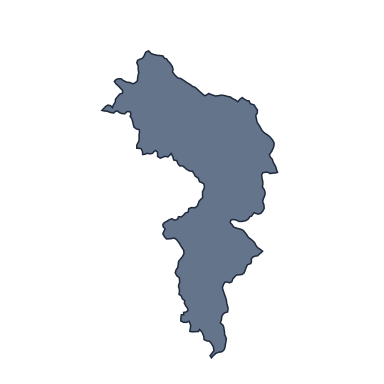 Simonésia, Minas Gerais, Brazil, rotated 134°
{"feature_id": "56859067B68233274154911", "entity_name": "Simonésia", "entity_type": "district", "adm_level": 2, "iso_a3": "BRA", "parent_name": "Brazil", "parent_adm1": "Minas Gerais", "projection": "natural_earth1", "projection_center": [-41.967, -19.999], "detail": "fine", "context": "isolated", "style": "filled", "palette": "slate", "viewbox_px": 384, "rotation_deg": 134, "n_neighbors": 0, "source": "geoboundaries", "source_scale": "gbopen_adm2", "svg_char_len": 4486}
<svg xmlns="http://www.w3.org/2000/svg" viewBox="0 0 384 384"><g transform="rotate(134 192 192)"><path d="M153.6,128.7L151.2,131.5L149.9,134.4L147.4,135.9L144.8,136.9L143.0,137.8L141.3,139.4L140.1,141.8L139.4,144.9L137.6,146.1L135.2,148.4L134.1,150.3L132.8,152.0L131.3,153.8L128.9,154.5L126.4,152.6L125.0,150.9L124.5,148.6L122.5,147.2L120.5,145.3L118.5,144.1L117.5,146.3L115.9,148.9L114.9,151.7L114.2,154.3L112.7,157.0L112.4,160.3L111.4,162.2L109.3,162.6L107.0,163.0L105.2,163.7L103.4,164.3L101.5,165.4L99.7,167.0L98.6,170.3L98.2,174.5L98.6,178.2L99.2,180.8L99.2,184.0L98.1,187.6L97.3,190.5L96.6,193.7L94.4,196.8L92.7,199.3L89.9,199.9L87.6,201.8L87.0,204.9L86.2,207.8L88.0,211.4L86.8,214.3L88.3,216.2L88.8,218.7L89.2,221.5L92.1,222.0L95.2,221.7L95.6,224.8L96.6,227.7L97.0,230.5L98.4,232.5L99.8,235.2L101.0,237.0L102.4,238.6L104.4,239.9L106.7,241.9L108.5,245.8L109.5,248.4L111.9,248.9L114.0,249.8L114.2,252.8L114.3,255.6L114.4,259.1L114.5,262.5L115.6,264.7L115.9,267.7L116.9,271.6L117.4,275.2L118.2,278.9L119.8,281.5L119.8,285.7L119.1,289.5L116.9,290.8L115.4,293.3L114.5,297.3L114.5,300.0L113.9,302.8L115.0,304.8L114.3,307.3L115.8,309.5L117.6,311.6L119.6,314.9L120.8,317.8L120.6,321.3L123.7,322.4L127.0,321.1L130.1,320.5L132.7,321.7L135.1,322.6L137.4,321.5L138.7,318.3L141.5,315.5L143.3,313.1L145.8,311.7L148.1,310.1L149.8,308.6L151.7,308.6L153.7,308.9L155.4,310.0L156.4,312.8L158.3,315.2L159.5,318.8L159.8,321.7L161.5,323.5L163.7,324.7L166.4,324.7L167.0,321.8L166.9,318.3L167.1,314.9L167.2,312.3L169.2,310.7L171.8,312.0L174.9,311.8L178.4,311.5L180.5,309.7L182.5,309.3L184.7,308.8L186.5,307.9L186.5,310.6L187.9,312.9L190.4,313.5L192.7,313.5L195.9,313.5L194.5,311.1L192.9,309.4L192.0,307.0L190.8,304.9L189.5,303.1L187.2,303.1L185.5,302.0L185.3,299.3L184.2,296.8L182.5,294.7L179.1,294.5L177.4,292.3L178.2,290.0L180.6,289.1L180.9,286.6L182.1,284.4L184.1,281.3L185.6,278.9L185.3,275.8L183.8,273.3L185.4,271.3L187.7,269.8L189.7,267.7L192.2,265.6L194.3,265.0L196.8,264.2L198.9,262.1L196.2,259.0L197.2,255.9L199.3,253.5L197.4,252.0L195.5,251.3L193.9,248.9L191.8,247.3L189.3,247.4L187.5,247.1L187.3,244.5L190.3,241.5L189.7,238.3L187.2,237.2L185.0,236.1L183.5,233.7L180.8,233.6L178.8,233.8L179.9,230.5L181.7,227.3L180.0,224.8L181.3,222.0L181.8,219.1L179.9,217.1L179.5,214.3L179.5,212.1L178.7,208.6L176.8,206.1L177.4,203.4L178.4,200.6L177.7,197.1L179.4,193.8L178.5,191.7L177.9,189.0L179.9,186.4L182.3,185.3L184.5,184.6L186.6,182.6L188.7,180.4L191.3,180.6L193.7,180.5L195.7,179.6L198.3,178.5L201.2,178.9L203.6,181.6L206.3,182.8L209.0,180.8L211.8,182.2L214.7,182.0L217.2,182.3L219.2,184.6L221.2,183.5L224.2,184.7L225.2,187.9L227.5,189.0L230.9,189.9L233.2,190.6L235.5,190.5L237.0,188.7L237.2,185.7L239.6,185.0L242.4,183.9L243.3,180.5L243.5,177.8L242.0,176.3L240.2,174.7L237.5,172.9L237.0,170.0L237.4,167.0L238.0,164.4L238.8,161.5L239.7,157.4L242.0,154.9L245.2,154.0L248.4,153.7L251.2,153.5L253.3,151.9L256.0,149.9L259.2,149.3L261.7,148.0L262.8,144.9L262.5,141.6L264.2,139.6L265.7,138.0L267.5,137.3L269.3,136.2L270.5,133.9L272.5,131.7L274.7,130.3L274.2,127.6L275.5,124.8L275.2,121.7L277.2,120.4L278.4,116.9L278.8,114.0L280.3,112.6L282.6,113.0L284.5,114.4L286.0,112.7L287.7,114.4L289.8,112.9L292.5,110.6L291.7,107.7L289.6,105.4L287.1,104.4L287.9,102.1L289.2,99.9L291.4,98.4L293.8,96.7L292.5,94.8L290.2,92.6L287.8,90.4L285.6,91.1L285.9,87.4L286.8,85.2L287.8,83.1L289.8,80.8L288.9,78.0L287.3,76.0L287.5,72.8L288.7,68.8L291.0,66.0L294.4,65.6L297.2,65.3L297.8,62.8L295.2,63.0L291.2,62.7L288.5,61.4L286.5,59.7L284.6,59.3L282.6,59.5L280.2,60.8L278.1,62.3L276.0,63.7L273.8,65.2L272.7,67.4L271.7,69.8L270.2,71.2L268.6,73.4L267.1,75.4L266.3,77.4L266.5,80.7L263.6,82.0L261.2,83.8L259.1,84.7L256.6,84.7L253.6,83.1L251.7,84.3L250.0,86.0L248.4,89.0L245.8,92.3L244.2,95.1L242.9,97.9L241.2,101.2L239.8,103.6L236.7,105.1L234.0,105.7L232.3,104.1L231.1,101.8L229.0,101.0L226.0,102.3L223.1,102.4L220.8,102.3L218.9,100.6L216.5,98.7L214.1,98.3L211.3,99.4L208.5,100.7L205.8,101.6L202.6,100.0L200.7,100.9L199.2,102.7L196.8,103.1L194.0,101.9L192.4,100.5L189.9,100.4L187.6,100.1L185.5,100.1L185.9,103.3L186.5,106.7L185.8,109.6L185.0,111.7L184.9,114.7L185.1,117.4L185.5,119.8L184.8,122.6L184.4,125.1L184.0,128.5L185.0,131.4L186.9,134.6L188.3,137.7L187.7,140.1L187.4,143.5L185.1,144.5L183.1,143.2L181.4,140.6L180.6,137.8L178.5,135.6L175.3,133.4L172.1,132.7L169.7,133.3L168.0,132.4L166.0,132.7L163.8,133.0L163.0,130.9L161.8,128.9L159.4,127.6L156.7,127.8L153.6,128.7Z" fill="#64748b" stroke="#1e293b" stroke-width="1.5"/></g></svg>